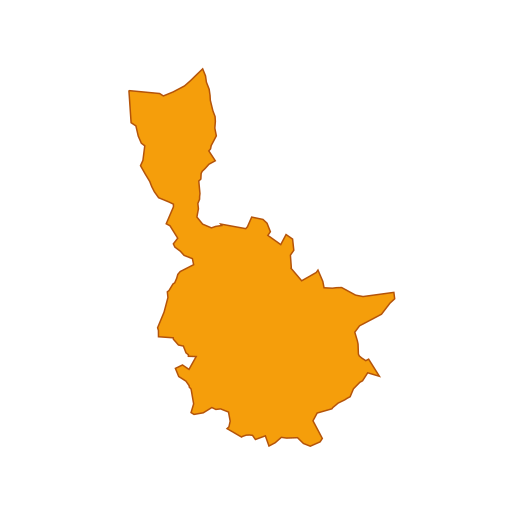 Langtang North, Plateau, Nigeria (Mercator projection), rotated 161°
{"feature_id": "59680162B43697273286299", "entity_name": "Langtang North", "entity_type": "district", "adm_level": 2, "iso_a3": "NGA", "parent_name": "Nigeria", "parent_adm1": "Plateau", "projection": "mercator", "projection_center": [9.819, 9.049], "detail": "fine", "context": "isolated", "style": "filled", "palette": "amber", "viewbox_px": 512, "rotation_deg": 161, "n_neighbors": 0, "source": "geoboundaries", "source_scale": "gbopen_adm2", "svg_char_len": 2270}
<svg xmlns="http://www.w3.org/2000/svg" viewBox="0 0 512 512"><g transform="rotate(161 256 256)"><path d="M178.5,102.1L183.1,121.8L186.3,121.3L189.3,125.2L190.9,127.9L191.1,129.9L188.2,139.5L187.8,142.7L187.4,151.8L180.8,156.3L156.3,160.1L144.7,167.8L138.8,170.4L137.5,176.7L137.9,176.8L168.0,182.8L174.6,186.6L185.3,198.3L190.1,199.8L194.3,200.7L202.0,203.8L201.1,210.3L202.0,222.5L204.4,220.8L220.9,217.7L226.9,233.1L226.4,233.5L223.2,245.6L218.4,249.1L215.9,260.1L220.6,266.5L228.9,258.7L234.2,266.2L238.1,271.6L234.5,274.3L234.9,283.4L237.5,288.3L247.4,294.2L254.6,286.4L256.8,285.2L279.0,297.7L278.5,296.0L284.5,297.1L289.0,297.1L296.1,303.5L299.2,312.1L295.3,319.0L295.1,319.2L293.9,324.6L290.9,328.0L289.9,330.7L288.7,333.2L285.7,345.5L283.1,346.7L281.0,351.9L279.3,353.6L275.6,355.3L270.6,358.1L263.5,359.3L266.4,370.7L264.1,372.1L262.4,375.0L254.4,382.5L253.3,390.3L250.6,396.5L249.3,401.2L249.5,407.3L248.5,418.1L247.2,422.7L246.0,428.9L246.3,436.5L245.1,442.7L245.5,450.3L252.0,447.3L261.1,443.0L268.2,440.1L281.0,438.1L291.5,437.5L294.2,441.0L321.7,453.5L322.4,453.4L330.7,422.7L327.2,418.1L328.3,407.7L327.7,400.0L325.3,396.4L331.8,383.2L335.8,379.0L333.9,368.9L333.1,365.3L332.2,361.1L332.0,355.6L331.2,349.9L329.1,342.8L320.4,335.1L317.2,331.9L318.1,329.3L330.4,315.7L327.5,312.6L324.2,298.3L330.2,294.4L329.8,290.8L326.0,285.2L323.8,280.0L317.0,274.2L317.8,268.1L332.7,266.0L335.9,264.1L338.3,260.7L341.6,257.1L343.6,256.6L349.6,251.6L351.5,251.0L352.8,245.4L360.9,233.3L360.9,233.2L372.4,220.2L372.5,217.4L374.5,211.4L360.9,205.6L361.2,204.2L358.3,197.1L354.0,194.5L353.7,187.2L352.1,184.7L352.6,183.2L345.3,180.4L356.3,170.6L361.0,176.9L368.8,176.0L368.3,167.3L368.3,167.2L363.0,160.5L361.4,155.0L361.8,153.9L360.7,151.3L363.1,136.5L368.4,129.1L366.2,126.4L356.9,124.9L347.1,127.1L343.9,124.0L339.3,123.0L332.8,117.4L334.2,108.2L337.2,103.3L339.6,102.2L328.6,89.5L327.6,89.8L323.6,89.8L320.5,88.9L317.7,87.6L316.3,82.7L305.7,82.9L305.6,72.1L298.6,73.2L291.1,76.3L286.4,73.9L275.9,70.7L272.2,63.3L266.6,58.5L255.9,59.4L252.7,61.9L255.8,81.6L249.3,87.6L234.0,86.8L232.7,87.7L226.2,90.2L218.9,91.1L216.0,91.8L212.8,92.3L207.1,98.7L202.1,101.2L198.9,102.8L195.9,103.3L188.4,109.2L178.5,102.1Z" fill="#f59e0b" stroke="#b45309" stroke-width="1.5"/></g></svg>